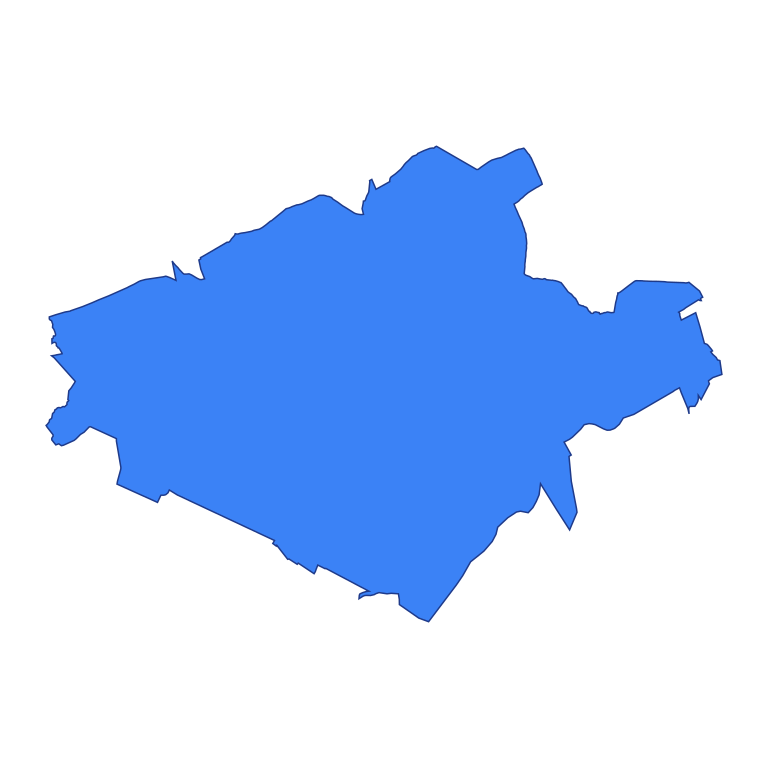 the district of Motca, Iasi, Romania, rotated 270°
{"feature_id": "2599482B18816841555206", "entity_name": "Motca", "entity_type": "district", "adm_level": 2, "iso_a3": "ROU", "parent_name": "Romania", "parent_adm1": "Iasi", "projection": "equal_earth", "projection_center": [26.629, 47.225], "detail": "fine", "context": "isolated", "style": "filled", "palette": "blue", "viewbox_px": 768, "rotation_deg": 270, "n_neighbors": 0, "source": "geoboundaries", "source_scale": "gbopen_adm2", "svg_char_len": 6084}
<svg xmlns="http://www.w3.org/2000/svg" viewBox="0 0 768 768"><g transform="rotate(270 384 384)"><path d="M313.0,571.2L325.9,564.1L328.7,569.5L330.9,572.5L338.7,580.6L343.3,584.2L344.4,589.0L344.1,592.0L343.4,595.2L339.1,603.6L337.8,607.1L337.9,610.1L339.2,613.7L339.9,615.0L343.8,619.4L350.0,623.3L353.7,634.0L376.4,673.0L377.8,674.9L380.2,679.5L375.2,681.3L359.5,687.8L354.1,689.1L359.2,688.7L361.0,689.2L361.6,690.2L361.7,694.9L364.8,696.9L366.7,697.8L369.4,698.4L372.6,698.3L368.4,701.1L384.2,709.4L385.7,708.8L387.2,708.5L390.4,712.8L393.6,721.9L407.4,719.9L408.1,717.5L410.5,716.2L413.6,712.8L416.1,710.8L417.1,712.5L418.6,711.5L422.6,708.2L423.7,707.0L424.6,704.4L441.0,700.0L455.3,695.7L447.9,681.3L452.3,679.8L454.5,679.7L455.2,679.2L455.8,678.6L458.7,683.8L460.3,685.8L468.2,698.5L467.4,700.2L467.4,701.3L469.2,700.5L469.8,700.9L470.8,702.7L477.0,699.5L485.7,688.9L485.5,688.5L485.2,687.1L485.0,685.7L485.3,683.9L485.9,667.2L486.3,664.6L486.6,658.2L486.7,650.6L487.0,643.7L487.2,642.2L487.3,636.6L487.2,635.7L486.9,634.9L486.1,633.7L482.0,628.2L477.3,622.1L475.9,620.2L475.0,618.5L475.0,617.8L473.6,617.8L471.9,617.1L468.8,616.6L465.5,615.7L455.9,614.1L455.5,613.6L455.4,612.0L455.3,611.1L456.0,607.8L456.0,607.2L455.4,605.6L455.3,604.7L455.4,604.4L455.2,603.8L455.0,603.6L454.8,602.8L454.5,602.3L454.5,601.5L453.9,600.4L453.9,600.2L454.0,599.9L454.4,599.9L454.7,599.3L455.4,599.2L455.5,598.7L455.7,597.3L456.0,596.6L456.1,595.4L455.6,593.8L455.4,593.8L454.9,593.5L454.6,592.7L454.6,592.0L454.8,591.1L455.0,590.8L455.5,590.5L456.0,589.8L456.5,589.8L456.7,589.1L457.4,588.5L460.0,587.1L460.7,586.3L461.5,584.0L462.1,583.2L462.1,582.5L462.5,581.1L463.4,578.8L464.1,578.3L465.8,577.6L469.6,575.5L470.2,574.6L471.2,573.5L473.7,571.5L475.3,569.1L476.4,567.8L478.5,566.4L480.9,564.5L483.1,562.9L485.4,561.0L485.7,559.9L486.3,558.7L487.3,555.3L487.5,553.7L487.8,552.6L487.7,551.3L487.9,550.3L488.2,547.2L488.4,546.1L488.9,545.8L489.3,544.9L489.3,544.1L488.7,542.5L489.0,540.4L489.6,537.3L489.2,533.4L489.6,532.4L491.4,529.8L492.7,526.1L493.2,525.2L494.3,524.2L501.4,524.9L502.9,524.8L505.2,525.0L507.0,525.3L508.2,525.3L511.7,525.8L515.6,525.9L519.6,526.5L520.9,526.5L522.2,526.4L524.5,526.7L528.7,526.4L531.2,526.0L532.6,526.0L533.8,525.9L534.7,525.7L536.3,524.9L538.9,524.3L542.7,522.8L545.7,522.0L553.2,518.5L556.9,517.0L560.3,515.4L563.9,514.0L565.9,517.3L567.3,519.1L568.9,520.5L570.4,522.6L572.5,524.7L575.2,528.0L576.7,530.3L580.8,537.0L581.1,537.8L583.8,542.2L585.3,541.8L589.9,540.1L592.4,538.8L595.8,537.3L596.6,537.1L609.3,531.5L610.7,530.8L611.1,530.3L612.9,529.5L614.6,527.9L618.3,525.2L619.8,523.8L619.0,520.8L618.8,519.4L618.8,518.8L618.2,517.3L617.8,516.0L614.1,508.5L613.1,506.7L610.5,501.4L609.6,497.3L607.9,491.8L606.1,488.7L600.8,481.0L598.6,478.2L598.5,476.7L621.7,436.5L621.1,435.1L620.6,434.8L619.8,433.7L620.0,432.5L619.6,429.8L617.4,424.0L614.5,417.7L613.6,417.2L612.8,416.0L612.3,414.3L611.5,412.4L607.5,408.5L605.3,406.0L603.4,404.3L601.5,403.0L598.8,400.8L594.1,395.4L591.1,391.2L590.3,390.5L589.5,390.1L587.2,389.7L586.4,389.8L578.7,376.0L588.6,371.8L587.4,369.6L586.2,369.8L576.3,368.8L575.1,368.4L572.1,366.8L567.8,365.3L567.1,364.7L566.9,363.4L564.8,363.2L559.3,362.1L553.7,363.5L553.6,363.1L553.4,361.0L553.7,358.4L554.1,356.5L554.5,355.3L555.0,354.2L560.3,345.8L562.2,342.6L565.9,337.6L568.8,333.0L570.0,332.0L570.5,331.4L571.5,329.0L571.7,327.3L572.3,325.6L572.7,323.8L572.7,319.7L572.4,318.6L569.6,313.9L568.1,311.1L566.9,307.8L564.2,302.0L563.3,298.6L563.1,296.8L561.4,292.1L560.6,290.5L559.9,288.6L559.3,286.1L556.8,283.2L553.4,279.0L551.6,276.8L547.2,271.4L546.9,270.5L542.8,265.5L540.4,262.2L538.8,259.3L537.7,254.0L536.7,251.6L535.4,245.1L534.9,241.4L534.4,239.2L534.0,238.2L534.0,236.5L534.3,235.2L532.7,234.7L529.1,231.5L527.3,230.4L526.2,229.3L525.7,228.5L525.8,227.1L511.4,202.4L510.4,200.5L509.1,200.7L508.0,198.9L498.9,200.8L489.2,204.6L488.4,201.6L488.5,199.7L489.8,197.0L493.0,191.7L494.1,189.2L494.1,188.5L493.9,186.3L493.9,184.4L494.1,183.7L495.1,182.5L498.7,179.2L500.4,177.9L502.5,175.7L505.4,173.2L507.0,172.2L487.6,176.0L490.3,170.1L491.6,166.6L491.8,165.7L491.2,163.4L488.5,145.3L487.2,140.5L486.4,138.7L483.9,134.3L481.1,128.5L480.5,127.5L472.2,108.8L468.1,98.6L465.2,92.0L461.4,82.6L457.3,70.8L456.8,69.9L456.0,65.1L453.2,55.6L451.1,49.3L449.0,49.3L447.8,50.3L447.4,51.5L445.2,52.2L443.7,52.8L440.6,52.5L438.6,53.9L436.4,54.8L433.8,55.6L432.5,55.4L431.9,54.7L432.1,53.8L432.0,53.5L429.6,53.0L429.2,51.9L424.6,52.0L425.4,53.3L425.7,54.4L425.5,55.5L424.6,56.2L423.1,56.4L422.5,56.3L422.1,56.5L421.5,57.1L421.2,57.6L420.1,58.1L420.1,58.8L419.1,59.6L415.5,61.7L414.3,62.1L413.7,59.6L413.2,56.7L412.7,54.7L412.2,51.6L410.2,54.2L386.6,75.3L385.7,74.7L384.9,74.4L383.8,73.6L380.2,71.3L377.2,68.8L368.4,67.9L367.5,68.7L366.5,68.0L366.1,67.3L364.9,66.9L363.4,67.0L361.2,64.6L361.5,63.0L360.2,60.6L360.5,58.9L360.1,57.3L359.0,56.5L358.3,55.0L355.9,54.2L354.5,52.6L349.9,51.7L349.4,51.4L348.5,49.9L348.0,49.5L346.1,49.2L343.5,47.2L342.6,46.1L340.9,47.1L333.3,53.0L331.9,53.1L329.8,51.8L328.1,51.8L323.1,55.8L324.2,58.8L322.3,61.4L322.8,63.5L327.6,74.1L329.1,76.0L333.6,80.5L335.8,84.1L341.0,89.1L341.3,90.0L341.1,90.9L329.4,116.4L326.9,116.4L301.1,120.8L299.9,120.9L298.1,120.6L286.8,117.5L283.9,117.0L265.6,157.5L272.8,160.9L272.8,163.8L273.3,165.7L275.2,168.0L278.0,169.3L273.0,177.4L227.5,274.5L224.5,272.8L221.9,276.3L222.7,276.8L208.7,287.7L209.0,289.0L203.7,297.2L204.9,298.2L194.3,314.1L196.3,315.3L198.9,316.2L202.9,317.8L199.3,325.1L199.6,325.8L176.8,368.9L176.5,366.3L175.4,362.8L174.4,360.5L173.9,359.7L172.6,359.3L169.3,359.0L171.8,363.0L172.5,364.8L172.6,366.7L172.5,370.5L173.4,374.3L174.3,375.8L175.4,379.0L174.2,387.0L174.7,391.2L174.2,398.4L168.7,399.3L163.4,399.4L149.9,418.8L146.3,428.6L183.1,456.4L192.3,462.7L206.2,470.6L216.9,483.9L226.5,492.2L233.7,496.0L240.8,497.7L250.3,507.8L256.0,516.5L256.8,520.5L255.3,528.2L260.4,532.9L266.6,536.3L273.2,539.1L284.3,540.5L258.5,556.5L238.1,569.6L255.7,577.0L259.5,576.5L286.7,571.3L311.6,569.0L313.0,571.2Z" fill="#3b82f6" stroke="#1e3a8a" stroke-width="1.5"/></g></svg>